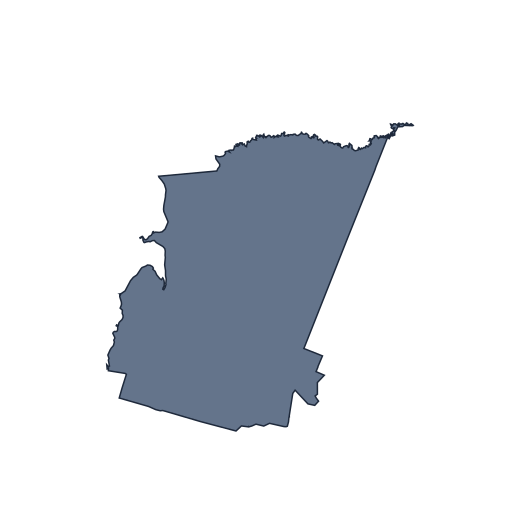 Ķūļciema pag., Talsi, Latvia, rotated 208°
{"feature_id": "27541924B13857395207606", "entity_name": "Ķūļciema pag.", "entity_type": "district", "adm_level": 2, "iso_a3": "LVA", "parent_name": "Latvia", "parent_adm1": "Talsi", "projection": "mercator", "projection_center": [23.02, 57.24], "detail": "fine", "context": "isolated", "style": "filled", "palette": "slate", "viewbox_px": 512, "rotation_deg": 208, "n_neighbors": 0, "source": "geoboundaries", "source_scale": "gbopen_adm2", "svg_char_len": 6139}
<svg xmlns="http://www.w3.org/2000/svg" viewBox="0 0 512 512"><g transform="rotate(208 256 256)"><path d="M186.6,440.8L178.7,444.7L178.5,445.2L181.2,445.6L181.9,444.5L182.1,443.8L182.0,443.2L182.9,443.2L184.4,444.3L184.9,443.9L185.6,444.0L185.5,443.3L186.0,442.5L186.1,441.7L188.3,442.0L188.4,441.6L189.0,441.6L189.3,440.8L190.5,440.4L191.2,439.5L190.8,438.6L190.9,438.3L191.2,438.3L192.0,439.1L191.6,439.9L192.2,440.4L192.7,439.4L192.0,438.1L192.4,437.8L195.1,438.1L196.6,437.2L196.6,435.8L199.1,435.6L198.7,435.1L196.9,434.4L197.1,433.7L197.1,433.1L196.5,432.6L195.2,432.6L194.7,433.0L194.6,434.0L193.7,434.2L194.0,432.7L193.8,432.0L192.7,431.7L194.1,429.5L193.7,428.6L192.4,428.2L192.1,427.7L193.1,427.1L194.7,428.0L194.8,427.5L193.8,425.8L194.2,425.4L195.4,425.5L195.1,424.7L195.9,424.9L196.3,425.6L196.6,425.2L196.4,424.3L195.2,423.9L194.9,423.2L195.6,423.1L197.3,424.0L198.2,422.6L197.5,422.5L197.0,421.8L197.3,421.1L200.0,421.9L200.8,421.0L199.6,420.3L200.7,420.1L201.2,419.4L201.7,419.6L202.1,420.5L202.6,420.4L202.5,419.6L202.2,418.9L202.9,418.1L202.8,417.5L203.0,417.2L204.0,417.6L203.9,418.1L204.1,418.2L206.4,418.8L208.0,417.6L208.0,417.3L207.1,416.0L208.0,415.2L208.1,414.6L208.0,413.5L208.4,413.0L209.6,413.4L210.5,413.1L210.4,412.2L209.9,411.6L210.2,410.7L208.5,411.6L208.0,410.9L208.2,410.0L207.0,409.4L207.1,408.0L207.9,408.4L208.5,407.8L208.0,406.5L208.0,405.3L208.7,404.9L209.8,405.4L210.4,405.0L210.6,404.2L210.1,403.0L211.6,402.6L212.4,400.8L213.5,400.8L213.7,399.3L213.9,399.0L214.4,398.9L215.3,399.9L216.2,400.0L216.2,398.8L215.6,397.5L217.6,395.6L218.8,395.3L220.1,395.9L221.3,395.6L221.8,396.0L221.8,396.7L222.3,396.8L222.8,398.2L223.5,398.7L226.4,399.3L226.4,398.3L225.3,397.3L225.1,395.7L225.2,395.2L225.6,395.1L226.4,396.3L228.0,395.9L230.0,393.6L230.1,392.1L230.7,391.8L232.1,391.8L233.4,392.7L234.1,392.4L234.3,392.6L233.6,393.5L233.6,393.8L233.9,394.2L234.7,394.3L234.8,394.0L234.5,393.0L235.0,392.4L235.8,392.2L236.2,392.8L235.8,393.2L235.7,394.0L236.0,394.2L238.9,392.2L239.2,391.3L242.0,391.8L242.7,391.1L244.2,391.3L244.8,390.2L245.2,390.0L246.6,391.0L247.5,391.2L249.3,387.6L250.9,388.4L254.4,389.4L255.2,387.8L255.8,387.7L256.5,388.0L257.6,390.3L258.5,390.5L259.3,389.9L260.0,390.0L260.2,390.6L261.5,390.8L262.0,390.0L261.5,388.8L261.7,388.5L260.5,388.1L260.4,387.6L260.9,387.3L262.4,387.9L263.0,387.0L262.4,386.3L262.6,385.5L264.9,385.6L265.7,386.0L265.8,386.8L266.0,387.1L268.9,387.9L269.6,387.6L269.7,386.7L270.9,386.0L273.2,385.6L273.2,386.1L273.5,386.6L274.0,386.6L273.8,385.4L275.4,382.1L277.0,381.5L278.7,382.0L280.3,380.9L280.3,380.2L282.3,379.5L283.5,378.4L284.6,378.2L284.7,377.6L284.1,377.1L286.2,376.6L286.9,375.3L287.8,375.4L288.1,376.3L288.4,378.2L288.6,378.6L289.3,378.7L289.6,376.8L290.9,376.2L290.4,373.9L290.6,373.3L293.6,373.0L293.9,372.3L292.5,371.5L293.5,371.1L294.1,371.5L294.9,370.6L295.6,369.1L296.4,370.5L296.8,370.6L297.9,368.4L298.4,367.9L299.8,368.7L301.1,368.7L301.8,368.1L302.1,366.8L303.5,365.9L302.8,365.3L303.3,365.0L304.8,365.6L306.3,367.2L306.5,366.5L305.9,365.3L305.5,365.2L305.2,364.0L307.6,365.0L307.9,364.8L307.9,364.1L308.6,362.8L308.9,362.9L308.8,363.6L309.2,364.6L309.6,364.3L309.8,363.6L310.4,362.9L311.7,363.1L312.1,362.8L311.7,362.2L312.0,360.9L311.9,360.3L310.7,360.2L311.0,359.3L310.1,358.5L312.7,357.7L313.9,357.7L314.3,358.4L314.7,357.9L314.4,357.1L314.4,356.2L314.9,355.1L314.9,353.8L315.1,353.4L315.7,353.0L316.7,353.7L317.3,353.0L317.4,352.5L316.3,350.7L316.3,349.3L315.7,348.1L317.2,348.0L319.0,349.4L319.9,347.9L321.3,348.3L320.9,349.0L321.2,349.4L323.3,348.4L323.2,347.4L322.7,346.5L322.8,345.9L323.5,345.6L323.7,346.4L324.7,346.6L326.0,345.2L323.8,344.2L326.5,343.1L326.6,342.9L325.8,342.7L326.1,341.2L325.8,340.4L325.7,339.0L326.5,338.5L327.0,337.8L327.7,337.9L329.5,336.6L329.5,336.1L328.2,335.4L330.3,335.3L332.0,333.8L332.0,333.1L331.1,332.3L331.1,331.6L331.4,329.8L332.1,328.6L334.9,326.3L338.7,325.4L336.9,322.9L331.1,320.0L330.2,318.1L330.7,315.1L330.5,312.7L379.4,280.7L378.5,279.9L374.5,278.4L370.8,276.5L367.4,273.2L366.2,271.6L364.7,267.6L363.7,265.6L361.1,257.4L359.6,253.9L358.2,251.9L349.7,244.9L349.5,244.1L348.9,237.0L350.3,233.2L352.5,231.4L356.0,229.9L357.3,228.3L358.0,229.4L358.4,229.1L358.4,228.1L358.1,227.6L358.2,225.1L359.6,223.1L359.9,220.3L360.7,218.7L362.3,218.3L365.3,220.0L365.7,219.9L367.1,217.7L366.6,217.3L365.3,218.9L364.8,219.0L364.3,218.8L363.2,216.8L361.3,215.4L360.7,215.5L359.3,217.1L357.3,218.6L356.2,218.8L354.7,220.9L353.0,222.0L350.3,221.0L342.7,220.7L340.0,219.7L338.4,217.7L336.6,213.9L335.4,212.2L332.5,205.3L329.1,200.7L326.5,195.9L324.4,193.5L322.7,189.3L322.1,188.6L321.5,185.6L321.6,182.9L322.7,182.9L323.1,184.2L323.1,186.5L324.4,189.3L325.8,191.2L327.5,192.6L328.1,192.9L328.4,190.7L330.2,190.8L334.8,192.7L337.9,195.1L340.9,195.9L340.9,197.1L342.5,198.0L345.1,198.1L347.6,197.1L348.7,195.2L351.2,192.3L351.6,190.6L352.2,184.1L352.5,182.9L354.3,179.6L355.2,175.3L355.2,163.7L357.4,159.5L358.2,158.8L357.6,158.9L357.5,157.7L358.0,157.7L357.2,156.1L353.3,152.2L352.1,150.3L351.7,148.5L351.5,146.2L348.5,145.4L347.2,142.5L345.5,141.1L344.6,139.5L344.4,137.1L345.5,133.6L345.6,132.4L344.9,129.9L346.7,129.8L346.7,128.8L345.0,128.8L343.6,126.1L343.4,124.6L343.9,123.7L345.6,122.9L346.2,121.6L346.1,120.5L342.6,117.9L342.0,116.8L342.1,115.2L341.9,114.7L340.7,113.6L340.5,112.9L339.8,110.0L340.6,106.6L340.7,104.5L340.3,99.0L337.7,96.5L337.5,94.8L333.7,90.0L334.4,89.0L336.7,89.9L334.4,86.4L333.5,87.6L332.5,85.4L316.4,90.9L314.9,90.7L312.3,76.7L310.1,66.4L280.3,72.7L272.3,73.3L267.9,74.4L265.8,75.8L227.5,83.7L191.5,92.1L189.1,99.1L182.4,101.6L182.5,101.9L182.0,101.9L179.9,103.9L177.1,107.5L169.3,109.5L165.5,114.6L151.2,118.5L149.3,119.4L148.4,120.4L149.4,124.7L151.2,129.1L151.0,129.6L151.5,130.2L159.0,151.9L158.5,155.9L140.7,149.8L134.0,151.7L132.6,157.2L136.0,158.8L138.1,160.2L136.9,162.8L142.4,173.1L139.7,182.8L148.7,182.1L149.2,187.1L149.4,187.3L150.4,199.0L170.3,196.8L183.5,314.4L191.4,387.7L192.0,391.1L195.5,422.4L193.5,422.1L193.5,425.5L192.0,426.0L190.3,427.9L191.7,430.4L191.3,432.6L191.4,436.6L187.3,439.1L186.6,440.8Z" fill="#64748b" stroke="#1e293b" stroke-width="1.5"/></g></svg>